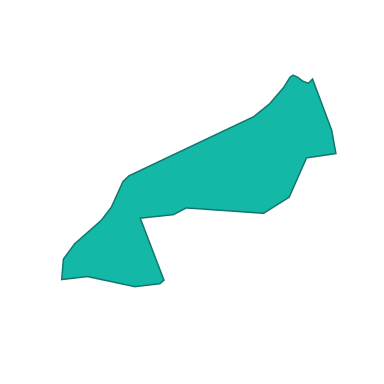 an SVG outline of Yalova, rotated 340°
{"feature_id": "TUR-5518", "entity_name": "Yalova", "entity_type": "Province", "adm_level": 1, "iso_a3": "TUR", "parent_name": "Turkey", "parent_adm1": "", "projection": "equal_earth", "projection_center": [29.141, 40.585], "detail": "fine", "context": "isolated", "style": "filled", "palette": "teal", "viewbox_px": 384, "rotation_deg": 340, "n_neighbors": 0, "source": "natural_earth", "source_scale": "10m", "svg_char_len": 514}
<svg xmlns="http://www.w3.org/2000/svg" viewBox="0 0 384 384"><g transform="rotate(340 192 192)"><path d="M135.5,265.3L130.4,267.2L105.9,261.4L64.8,235.7L39.6,229.7L48.2,211.1L64.1,200.5L97.1,187.6L111.1,178.6L130.8,158.5L138.4,155.2L275.7,142.3L295.0,135.7L313.9,125.1L323.5,117.6L326.9,116.8L330.3,120.0L334.1,125.8L338.5,129.6L343.9,127.1L344.4,181.7L340.4,205.1L311.3,199.1L281.5,230.1L252.0,236.5L181.1,205.0L166.8,206.9L134.4,198.9L135.5,265.3Z" fill="#14b8a6" stroke="#0f766e" stroke-width="1.5"/></g></svg>